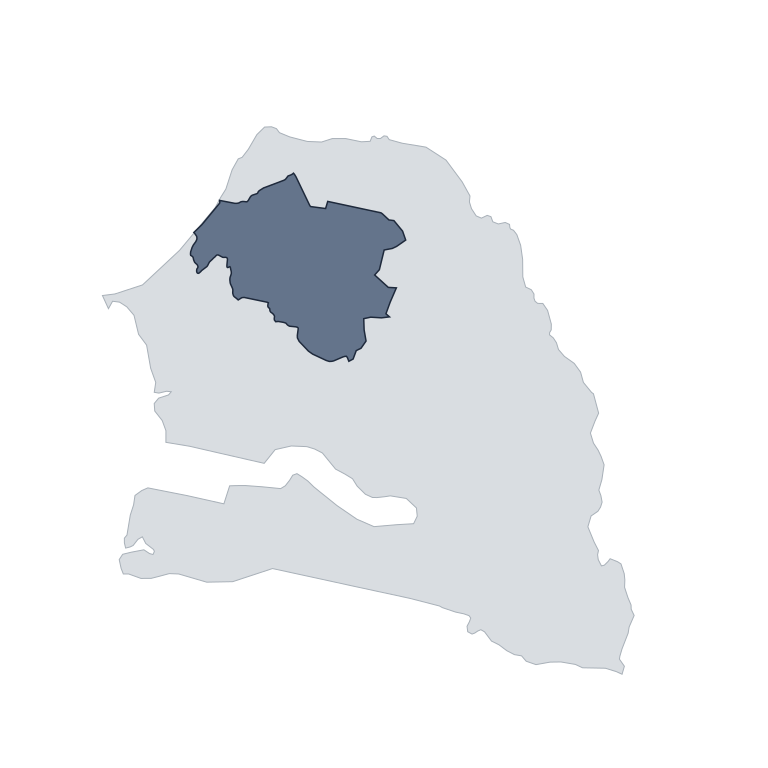 Louga highlighted on a map of Senegal, rotated 12°
{"feature_id": "SEN-766", "entity_name": "Louga", "entity_type": "Region", "adm_level": 1, "iso_a3": "SEN", "parent_name": "Senegal", "parent_adm1": "", "projection": "natural_earth1", "projection_center": [-15.989, 15.391], "detail": "fine", "context": "in_parent", "style": "filled", "palette": "slate", "viewbox_px": 768, "rotation_deg": 12, "n_neighbors": 0, "source": "natural_earth", "source_scale": "10m", "svg_char_len": 5870}
<svg xmlns="http://www.w3.org/2000/svg" viewBox="0 0 768 768"><g transform="rotate(12 384 384)"><path d="M590.9,350.0L600.0,367.9L598.1,376.5L596.1,389.1L601.2,398.3L607.2,404.2L611.4,409.7L616.1,417.3L617.0,432.3L616.2,443.1L619.3,448.0L621.9,454.2L621.4,459.4L619.7,464.0L614.0,470.0L613.1,481.3L622.4,494.9L628.4,502.3L628.4,506.6L630.1,511.3L634.5,516.7L637.2,515.4L640.1,511.0L641.5,507.9L649.5,509.3L653.2,510.7L658.4,519.6L660.3,525.5L661.6,532.9L667.0,542.2L671.6,548.8L672.6,552.9L676.8,558.4L674.3,570.7L674.6,577.0L671.9,593.5L671.3,601.3L671.5,604.2L677.8,610.1L677.2,618.4L670.8,617.0L659.6,616.0L637.2,620.3L629.5,618.5L614.8,619.1L604.3,621.5L591.0,626.9L580.7,625.6L575.1,621.3L567.8,621.6L559.5,619.3L550.7,615.2L542.6,613.1L533.9,605.5L529.8,604.2L527.0,606.2L524.6,608.7L522.1,610.3L517.4,608.9L515.6,603.7L517.0,598.7L517.5,594.9L515.3,592.9L509.9,592.2L501.4,592.2L487.6,590.6L484.4,589.6L453.5,588.3L421.4,588.2L394.2,588.1L359.9,587.9L335.8,587.8L313.3,587.7L296.0,597.8L277.1,608.8L251.8,614.7L222.7,612.5L213.4,614.1L203.8,619.0L196.7,622.5L186.7,624.7L173.7,622.9L168.5,624.0L165.2,619.0L161.5,610.8L163.8,604.9L171.7,601.1L183.6,596.1L189.9,598.6L193.5,598.8L194.2,595.5L193.0,593.8L184.1,589.5L179.4,583.7L175.6,587.1L172.2,594.1L169.5,596.2L165.4,598.2L163.1,593.4L162.1,588.8L164.0,585.2L163.1,565.0L164.2,554.2L163.6,544.8L169.2,538.6L174.6,534.7L195.4,534.4L214.7,534.1L233.4,534.3L252.3,534.5L254.2,515.7L260.2,514.2L269.2,512.2L286.0,509.9L304.7,507.8L308.6,504.1L311.7,497.8L313.7,492.2L317.5,489.8L322.8,491.7L329.6,494.7L336.7,499.2L344.9,503.4L350.3,506.1L363.3,512.7L385.6,521.9L403.9,525.6L426.0,518.9L442.0,514.5L444.0,506.4L441.5,498.5L429.6,491.3L413.4,492.1L408.4,494.0L400.9,496.5L396.3,497.4L388.7,495.7L379.0,489.5L372.9,483.2L364.4,480.2L354.3,477.3L338.1,464.3L329.6,462.0L321.6,461.3L306.2,463.9L291.2,470.8L283.3,486.5L268.3,486.3L236.4,485.8L207.0,485.3L182.8,486.4L180.4,475.0L174.7,465.9L165.4,458.1L163.3,450.9L166.5,444.7L175.5,439.5L177.5,435.8L172.8,436.3L165.7,439.7L161.0,439.9L160.4,429.9L152.5,417.1L143.7,395.3L133.6,386.4L125.2,368.8L116.4,362.0L108.3,358.9L101.3,359.5L98.8,367.6L90.2,356.0L102.0,351.9L127.2,337.3L156.2,295.8L182.2,246.6L185.6,235.0L188.8,226.2L190.9,206.1L194.6,194.1L198.1,191.8L202.5,182.6L207.8,166.5L213.8,157.5L220.5,155.8L225.7,156.6L229.5,159.9L240.4,161.9L258.5,162.7L272.6,160.3L282.4,154.7L295.4,151.9L311.5,151.8L320.0,149.5L320.8,144.8L322.9,143.5L326.3,145.3L329.5,144.6L332.4,141.3L335.4,141.1L338.3,143.9L351.8,144.7L375.8,143.6L398.1,152.1L418.5,170.1L429.0,182.2L429.7,188.2L433.1,194.3L439.2,200.4L444.8,201.5L449.9,197.6L453.8,198.1L456.7,202.7L462.5,203.7L469.0,200.8L473.6,201.8L474.5,204.6L475.5,206.1L478.7,206.7L482.9,210.3L488.8,219.9L493.7,233.3L497.5,250.4L502.4,259.7L508.5,261.2L512.0,264.8L512.8,268.8L514.5,271.6L517.5,273.2L522.6,272.2L528.7,278.0L535.2,290.6L536.3,296.3L535.3,299.3L535.7,301.5L540.0,303.7L544.1,307.8L547.5,314.0L554.7,319.5L565.8,324.3L573.8,331.5L578.7,341.0L588.8,349.1L590.9,350.0Z" fill="#d9dde1" stroke="#a8b0b8" stroke-width="1"/><path d="M166.5,275.3L172.8,265.9L185.2,242.1L185.7,241.0L185.5,239.9L185.0,238.6L200.6,238.3L202.4,237.9L204.2,237.2L206.2,235.5L207.6,234.9L209.2,234.6L210.7,234.5L212.0,234.3L212.7,233.4L213.1,232.6L214.3,228.9L215.0,227.6L215.9,226.7L220.0,224.3L220.5,223.8L220.8,223.3L221.0,222.1L221.3,221.6L221.5,221.2L222.2,220.4L225.5,217.2L226.0,216.9L243.9,205.4L244.5,204.9L245.2,204.0L246.2,202.0L246.6,200.9L246.9,200.5L247.3,200.2L249.1,199.1L250.7,197.8L251.0,197.4L251.6,196.6L252.8,197.5L254.8,199.6L274.4,225.0L275.4,225.7L290.4,224.5L291.0,217.1L345.5,217.2L347.1,217.9L354.7,222.5L359.7,222.1L370.4,230.6L375.3,238.7L367.7,246.8L363.9,249.7L359.1,251.7L356.3,252.9L355.7,273.2L352.2,279.3L368.1,288.6L376.1,287.4L373.0,302.8L371.3,314.9L375.4,317.2L367.8,319.8L357.1,321.4L350.6,324.3L353.3,335.2L357.5,345.7L354.1,353.8L349.9,357.1L348.6,366.0L344.9,369.1L342.7,365.8L341.5,364.7L340.0,365.1L338.3,366.0L329.9,371.9L328.1,372.7L325.8,373.3L322.6,373.0L308.0,369.6L303.3,367.6L295.6,362.3L292.2,360.0L289.7,356.9L289.1,354.4L288.6,347.7L288.4,347.2L288.0,346.8L287.2,346.5L286.0,346.4L279.7,347.1L278.8,346.9L277.3,346.3L276.6,345.8L275.7,345.1L275.2,344.8L272.6,344.6L267.6,344.8L265.1,345.6L263.4,344.1L263.0,342.6L262.9,341.2L262.8,340.5L262.5,340.0L262.2,339.6L260.6,338.3L258.2,337.2L257.8,336.8L257.5,336.5L257.2,336.0L256.6,334.3L256.4,333.9L256.0,333.7L255.4,333.4L255.0,333.1L254.6,332.8L254.3,332.3L254.1,331.7L254.0,331.0L253.9,329.6L254.0,328.6L252.5,328.3L229.2,328.4L227.0,329.1L223.9,332.1L221.8,330.9L219.7,329.9L219.2,329.6L218.7,329.2L218.2,328.6L217.6,327.5L217.2,326.7L217.0,325.9L216.7,323.9L216.5,323.3L216.3,322.7L215.8,321.8L213.0,318.0L212.5,317.0L211.6,314.3L211.4,313.2L211.3,312.2L211.3,311.3L211.4,310.8L211.7,307.9L211.4,306.4L211.0,305.3L210.6,304.5L210.4,304.1L209.5,302.0L209.2,301.6L208.9,301.3L208.3,301.6L207.5,302.3L207.1,302.5L206.7,302.6L206.2,302.3L205.9,301.7L205.6,300.2L205.0,294.9L204.9,294.3L204.7,293.9L204.3,293.4L203.8,293.1L202.9,293.0L202.3,293.1L200.9,293.5L199.8,293.6L195.3,292.3L194.6,292.3L194.0,292.5L193.5,292.8L193.2,293.2L192.9,293.6L192.1,295.0L191.1,296.2L190.0,298.0L189.4,298.8L187.9,301.0L187.4,302.7L187.1,303.9L186.8,305.0L186.3,306.0L181.9,311.1L181.5,312.0L180.2,313.7L179.9,314.1L179.5,314.3L179.0,314.4L178.5,314.3L178.0,314.0L177.6,313.4L177.2,312.5L177.0,310.6L177.2,310.2L177.3,309.8L177.5,309.4L177.7,308.9L177.7,308.4L177.6,307.8L177.3,307.3L176.7,306.4L176.1,305.9L174.6,305.1L173.8,304.5L173.4,304.2L173.1,303.8L171.9,302.0L171.3,300.6L171.1,300.1L170.7,299.6L170.2,299.2L169.0,298.6L168.2,298.4L167.7,297.2L167.4,295.0L167.9,290.3L168.6,287.7L170.3,283.9L170.8,281.7L170.8,280.9L170.7,280.3L170.3,279.0L169.8,278.2L167.0,275.6L166.5,275.3L166.5,275.3Z" fill="#64748b" stroke="#1e293b" stroke-width="1.5"/></g></svg>